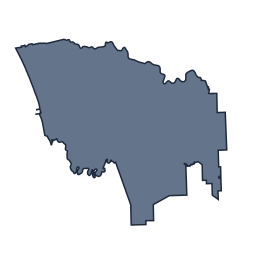 outline of Altamira, Tamaulipas, Mexico, rotated 171°
{"feature_id": "50627088B67478118137256", "entity_name": "Altamira", "entity_type": "district", "adm_level": 2, "iso_a3": "MEX", "parent_name": "Mexico", "parent_adm1": "Tamaulipas", "projection": "orthographic", "projection_center": [-98.026, 22.563], "detail": "fine", "context": "isolated", "style": "filled", "palette": "slate", "viewbox_px": 256, "rotation_deg": 171, "n_neighbors": 0, "source": "geoboundaries", "source_scale": "gbopen_adm2", "svg_char_len": 5725}
<svg xmlns="http://www.w3.org/2000/svg" viewBox="0 0 256 256"><g transform="rotate(171 128 128)"><path d="M212.9,226.1L215.4,224.6L216.4,224.2L216.5,224.2L217.0,225.9L217.6,225.6L220.7,225.6L220.6,224.4L226.5,224.5L222.2,211.3L219.7,202.2L219.5,200.8L218.5,197.3L218.4,196.2L217.8,194.4L217.0,190.9L216.7,189.0L215.1,181.9L214.4,177.9L213.2,172.5L213.1,171.7L212.3,166.9L212.1,164.4L212.0,161.8L212.5,160.5L215.3,160.5L215.3,160.3L212.1,160.4L211.9,159.8L211.9,159.3L212.5,159.2L211.9,159.1L211.7,157.4L212.1,157.4L212.1,157.2L211.7,157.3L211.5,157.1L211.5,156.9L211.9,156.1L216.6,156.1L216.6,155.9L213.5,156.0L212.1,150.8L211.6,146.5L211.3,133.7L211.0,133.6L209.4,132.6L209.0,132.5L208.6,130.9L208.3,130.3L208.0,129.3L207.6,128.7L207.1,127.0L206.7,126.1L206.6,125.5L206.7,124.5L206.5,123.5L206.3,123.4L206.2,123.4L205.7,124.3L205.6,125.0L205.1,125.9L204.6,126.1L204.6,126.5L204.9,127.0L205.0,127.5L205.1,128.1L203.8,127.9L203.5,127.6L203.3,127.4L203.1,127.3L202.4,127.7L201.4,127.9L200.8,128.2L200.4,128.6L200.1,128.4L199.8,126.9L199.4,126.0L198.7,125.0L197.8,124.7L195.8,124.7L194.6,124.4L194.3,123.9L194.0,123.2L193.4,122.5L192.4,121.5L192.3,121.2L192.3,120.7L192.5,119.0L193.1,117.5L193.1,116.9L192.8,115.9L191.6,114.8L191.5,114.3L191.6,113.8L192.1,112.5L192.4,111.2L192.8,107.7L192.6,106.8L191.1,105.3L189.8,102.5L189.7,101.7L189.9,100.8L190.9,99.0L191.1,98.3L191.1,97.3L190.9,96.2L190.4,94.9L189.0,93.3L188.3,91.6L187.8,91.4L187.0,91.6L186.2,92.6L185.7,93.5L185.2,94.9L185.0,96.2L184.2,97.0L183.7,97.3L183.1,97.3L182.8,97.0L182.6,96.5L182.7,96.0L183.6,94.9L184.1,94.5L184.6,93.6L185.0,92.6L185.1,91.5L184.9,90.3L184.4,89.8L183.3,89.8L181.4,90.5L180.4,91.3L179.8,92.1L179.3,93.6L178.8,94.5L178.0,94.8L177.2,94.9L175.3,94.5L173.8,94.5L173.4,94.3L173.2,93.9L173.2,93.6L173.4,93.0L174.2,92.0L174.6,91.3L174.9,90.4L175.0,89.3L175.0,88.9L174.7,88.2L174.2,87.6L173.9,87.3L173.3,87.3L172.4,87.7L171.7,88.7L170.1,92.1L169.9,92.3L169.5,92.2L169.4,91.9L169.4,91.0L170.0,89.4L170.3,87.5L170.3,86.3L169.7,84.6L169.1,84.2L168.6,84.3L168.2,84.6L168.1,85.2L169.0,88.3L169.0,89.0L168.8,89.9L168.3,91.0L166.9,92.4L166.5,92.5L165.9,92.5L165.5,92.1L165.3,91.5L165.5,90.7L167.5,89.1L167.8,88.1L167.7,87.3L167.1,86.4L166.2,85.6L164.8,84.8L164.1,84.8L163.0,85.1L162.0,86.0L161.5,86.7L161.2,87.5L160.9,88.7L160.7,88.9L160.3,88.8L159.3,88.4L158.7,88.3L157.8,88.7L157.4,89.1L157.3,91.7L157.9,91.9L158.4,91.6L158.7,91.6L158.8,91.8L158.8,92.4L157.6,94.5L156.0,97.0L155.3,98.4L154.9,99.6L154.2,100.2L153.6,100.4L153.3,100.1L153.3,99.9L153.5,99.4L154.2,98.9L154.4,98.6L154.3,98.0L153.2,96.6L152.6,96.4L152.2,96.4L151.7,96.6L150.5,97.7L150.3,98.1L150.2,98.7L149.8,98.9L149.5,98.6L149.1,97.5L147.9,97.1L147.7,96.9L147.3,95.9L147.0,95.6L146.6,95.6L146.2,95.7L145.6,96.1L144.1,88.0L143.2,83.4L137.2,51.1L137.5,50.4L140.0,31.7L125.4,29.8L124.9,33.7L117.2,32.5L115.0,48.4L97.8,54.7L80.4,52.5L76.9,80.7L76.9,82.5L78.0,84.0L77.7,84.2L77.3,83.9L77.0,83.3L76.7,83.3L76.3,83.1L76.0,83.2L75.9,83.2L76.0,82.8L75.9,82.6L76.1,82.4L75.7,82.3L75.6,82.0L75.4,81.9L75.5,81.6L75.8,81.7L75.7,81.4L75.4,81.0L75.1,80.9L74.8,81.2L73.8,80.8L73.3,80.9L73.0,80.7L72.6,80.9L72.6,81.3L71.8,81.7L71.6,82.0L71.4,81.8L71.1,81.8L70.9,81.6L70.8,81.9L70.4,82.3L69.9,82.0L69.7,82.1L69.4,82.1L69.5,82.2L68.4,82.8L68.0,82.7L67.8,83.1L68.2,83.6L68.0,83.9L67.7,84.0L67.4,83.8L67.2,83.5L67.2,83.2L66.7,83.6L66.1,83.6L65.9,83.5L64.0,83.8L60.5,80.1L62.6,64.6L58.8,64.1L59.2,60.7L53.8,60.0L55.2,48.5L50.0,43.3L49.0,51.8L45.7,51.4L44.2,63.2L45.2,64.2L45.5,63.9L46.2,64.7L46.1,65.2L45.3,64.3L45.1,64.5L44.8,64.2L44.7,65.6L44.0,64.8L42.6,75.2L44.5,75.5L42.4,91.9L33.9,90.9L29.5,128.3L37.5,129.3L34.9,148.3L39.7,149.0L39.7,148.8L42.9,149.5L41.6,153.4L43.4,153.9L42.0,154.1L42.3,156.1L43.0,156.0L44.1,162.3L45.7,163.0L47.1,163.3L47.6,163.8L48.1,163.7L47.9,164.3L48.5,166.2L48.9,166.7L49.7,166.7L50.5,167.0L51.3,167.7L51.9,168.5L52.5,169.8L53.0,171.9L53.6,173.4L54.2,174.4L55.0,174.9L55.9,175.0L57.3,174.7L60.0,173.8L61.4,173.1L62.1,172.6L62.5,171.8L62.7,171.0L62.9,169.0L63.3,167.2L63.8,166.1L64.6,165.4L65.4,165.1L66.4,165.1L67.3,165.3L68.2,165.9L69.1,167.0L70.3,168.7L70.7,169.1L71.2,169.3L71.7,169.3L72.2,169.0L74.5,166.0L75.3,165.3L75.9,165.1L76.7,165.1L77.4,165.4L78.1,165.8L80.1,168.0L80.8,168.3L81.4,168.1L82.1,167.8L83.8,166.3L84.6,166.0L85.3,166.0L85.8,166.4L86.2,167.0L86.2,167.8L85.9,168.6L83.6,173.0L83.4,173.8L83.4,174.4L83.7,174.8L84.2,175.2L85.8,176.0L86.7,176.6L87.2,177.3L87.5,178.0L87.0,181.4L87.0,182.3L87.1,183.2L87.5,184.0L88.1,184.6L88.7,185.0L92.2,186.2L93.3,186.9L94.1,187.5L95.3,189.0L96.1,189.8L97.2,190.3L98.4,190.3L99.3,190.0L101.0,189.0L101.6,189.1L106.5,191.3L108.3,192.3L111.2,194.3L115.0,195.7L115.9,196.3L116.4,196.9L116.7,197.6L116.8,198.3L116.5,200.1L116.4,202.2L116.5,203.2L118.2,207.2L118.6,207.9L119.0,208.2L119.5,208.1L120.0,207.9L120.7,207.4L121.7,205.9L122.2,205.6L122.7,205.5L125.4,206.1L126.2,206.5L126.7,207.1L128.8,211.3L129.3,212.5L129.6,214.0L130.1,215.0L130.7,215.6L131.2,215.8L132.0,215.9L134.2,215.2L134.7,215.4L135.5,216.0L136.2,216.2L136.7,215.9L137.0,215.1L137.3,213.9L137.7,212.9L138.3,212.4L139.2,212.2L140.0,212.1L144.0,212.3L145.5,212.2L146.8,211.6L147.9,211.3L148.8,211.5L149.3,211.9L150.3,213.2L150.7,213.6L151.3,213.8L151.8,213.7L153.2,213.4L153.7,213.4L154.3,213.5L156.2,214.7L158.3,215.4L159.5,215.5L160.0,215.3L161.3,214.2L161.9,214.1L162.4,214.3L162.8,214.8L163.7,217.7L164.2,218.3L165.0,218.6L167.0,219.2L167.3,219.4L168.2,220.9L168.6,221.3L169.1,221.6L170.0,221.6L170.7,221.7L171.4,222.0L171.9,222.9L172.0,223.7L172.3,224.3L172.7,224.5L173.2,224.6L175.0,224.2L176.0,224.9L177.4,225.6L195.4,224.2L196.3,224.6L197.6,224.9L202.6,225.6L209.1,225.2L209.6,226.2L212.9,226.1Z" fill="#64748b" stroke="#1e293b" stroke-width="1.5"/></g></svg>